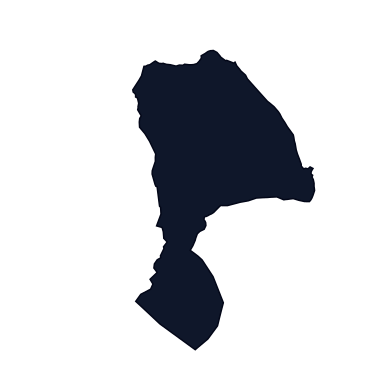 Sanga, Kaduna, Nigeria (orthographic projection), rotated 301°
{"feature_id": "59680162B60875368726655", "entity_name": "Sanga", "entity_type": "district", "adm_level": 2, "iso_a3": "NGA", "parent_name": "Nigeria", "parent_adm1": "Kaduna", "projection": "orthographic", "projection_center": [8.467, 9.25], "detail": "fine", "context": "isolated", "style": "filled", "palette": "ink", "viewbox_px": 384, "rotation_deg": 301, "n_neighbors": 0, "source": "geoboundaries", "source_scale": "gbopen_adm2", "svg_char_len": 2811}
<svg xmlns="http://www.w3.org/2000/svg" viewBox="0 0 384 384"><g transform="rotate(301 192 192)"><path d="M69.3,200.1L65.7,217.2L62.4,232.4L62.1,235.6L61.0,247.9L58.5,276.0L60.8,276.7L74.2,281.3L90.4,282.8L97.8,280.5L105.7,278.1L113.2,275.9L130.3,253.6L139.0,235.6L140.1,230.1L141.1,220.5L146.5,220.4L152.3,219.6L154.2,219.0L158.9,218.1L162.3,219.0L166.3,221.6L170.4,221.2L172.8,219.5L173.7,218.2L174.5,216.4L176.7,215.6L177.7,215.8L178.2,216.6L179.7,217.7L181.7,218.8L183.2,219.9L185.6,221.1L192.7,222.8L195.2,223.5L196.0,225.0L197.0,226.7L198.6,229.4L201.2,231.9L205.9,236.5L208.2,238.7L208.6,239.2L210.6,241.5L212.8,244.0L213.4,244.7L216.0,246.9L218.1,248.7L220.0,250.3L222.4,253.8L223.3,255.1L224.1,256.3L226.6,260.1L226.8,260.3L228.0,262.0L228.5,262.7L229.6,264.4L230.4,265.6L231.5,267.2L231.7,268.5L232.6,274.7L233.7,276.0L234.7,277.4L236.8,280.0L238.5,282.2L239.8,287.4L240.0,288.1L241.8,293.4L242.8,295.1L244.3,297.6L246.2,297.9L248.3,297.9L249.8,297.7L251.6,297.4L256.4,296.3L258.0,295.1L259.7,293.7L262.4,292.1L265.2,289.5L266.6,287.2L268.5,286.8L268.6,285.4L269.3,284.3L271.0,283.7L272.5,283.6L274.5,283.6L274.3,280.3L271.6,279.5L270.9,277.2L270.3,276.6L269.3,276.0L270.5,272.3L272.1,271.3L273.3,269.8L275.6,267.0L278.8,262.9L281.7,259.7L286.6,255.5L288.5,253.4L291.3,251.1L293.1,249.4L294.6,245.9L297.1,240.0L299.4,235.8L301.6,231.1L304.2,227.0L305.3,224.6L307.3,218.6L308.0,214.4L308.6,209.9L314.3,191.4L317.5,181.2L319.7,177.8L319.9,176.9L321.0,171.3L321.1,171.2L321.8,169.5L323.2,165.4L325.5,162.0L323.8,161.2L323.7,159.6L322.7,153.9L321.8,153.1L322.4,147.3L323.1,145.7L324.5,141.5L324.4,139.2L324.3,137.4L323.0,135.6L322.6,135.0L320.9,133.5L319.3,132.7L317.6,132.0L313.5,129.7L311.5,131.1L310.5,131.0L307.9,130.8L307.3,130.7L304.6,130.1L302.1,127.8L300.4,125.4L299.7,124.2L299.5,123.8L297.7,119.8L296.0,119.0L295.6,118.3L294.3,115.8L292.6,114.3L291.7,113.5L289.9,107.8L288.3,104.4L288.1,103.8L287.9,102.8L287.7,102.2L287.5,101.0L286.5,99.9L285.3,97.4L285.3,95.7L285.4,93.2L284.9,92.8L282.5,91.7L279.4,90.3L277.8,88.6L276.0,87.6L275.0,86.1L265.5,88.9L260.6,89.0L249.1,88.6L247.4,90.1L247.3,90.4L247.1,92.1L246.7,92.9L246.3,93.6L244.4,94.7L244.4,95.2L244.5,96.8L240.6,100.6L237.3,101.8L236.5,102.4L234.5,103.1L231.1,109.3L230.6,109.3L228.1,109.3L227.9,109.4L224.8,110.8L220.5,113.7L217.8,121.5L215.0,126.9L213.7,129.4L205.9,141.3L202.8,142.7L199.4,144.8L191.8,146.5L189.7,147.0L186.8,148.6L179.4,156.5L178.3,158.1L178.5,159.2L178.4,159.5L163.1,171.5L162.7,173.0L157.1,176.8L144.7,179.1L146.2,184.6L145.2,185.7L143.1,187.9L138.6,191.1L137.8,191.6L136.4,196.5L130.4,195.8L129.0,197.1L121.1,197.8L119.9,198.8L119.5,199.1L116.0,197.1L111.0,196.8L107.2,198.5L105.2,203.4L105.1,203.6L95.6,201.0L93.0,205.9L87.4,206.6L77.9,200.8L69.3,200.1Z" fill="#0f172a" stroke="#020617" stroke-width="1.5"/></g></svg>